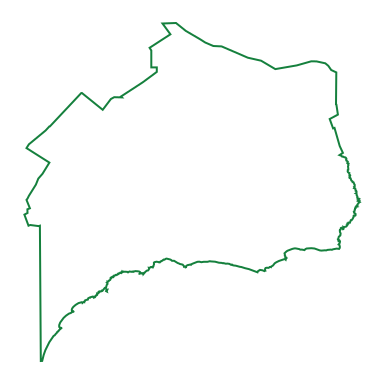 outline of Ravensthorpe, Western Australia, Australia
{"feature_id": "25037944B73720065991414", "entity_name": "Ravensthorpe", "entity_type": "district", "adm_level": 2, "iso_a3": "AUS", "parent_name": "Australia", "parent_adm1": "Western Australia", "projection": "orthographic", "projection_center": [120.16, -33.684], "detail": "fine", "context": "isolated", "style": "outline", "palette": "green", "viewbox_px": 384, "rotation_deg": 0, "n_neighbors": 0, "source": "geoboundaries", "source_scale": "gbopen_adm2", "svg_char_len": 5948}
<svg xmlns="http://www.w3.org/2000/svg" viewBox="0 0 384 384"><path d="M176.0,23.0L162.5,23.5L170.4,34.3L149.6,47.8L151.3,50.5L151.3,67.4L156.8,67.4L156.8,71.9L142.9,82.2L121.0,96.5L121.9,97.4L114.2,97.2L110.9,99.0L102.7,109.8L81.9,93.0L81.2,93.1L49.9,126.4L49.4,126.4L45.6,130.5L28.9,144.3L26.5,148.1L49.4,162.6L42.5,173.8L38.3,178.6L35.9,184.6L28.9,195.8L27.5,198.6L26.5,199.9L29.9,208.3L27.4,209.3L27.5,213.0L24.4,214.6L28.5,225.7L30.2,225.0L38.7,226.1L39.9,225.7L40.8,361.0L42.2,360.9L43.7,354.9L45.4,350.1L49.3,342.2L53.6,335.9L54.7,335.3L55.9,333.7L56.6,333.2L57.1,332.1L57.9,331.7L58.2,331.3L58.2,331.1L58.7,330.8L59.0,330.2L61.4,328.1L61.3,327.9L59.9,327.8L59.7,327.2L59.2,326.9L59.2,325.1L60.2,322.5L63.6,317.9L66.1,315.6L69.0,313.6L70.8,313.0L72.4,311.9L73.4,311.8L73.5,311.6L73.1,311.1L71.9,310.9L71.8,310.3L71.8,309.5L72.2,308.4L73.3,306.9L75.6,304.9L78.5,303.1L81.7,302.2L82.3,302.3L82.5,303.0L82.8,302.8L82.8,303.0L82.9,302.6L83.6,302.0L84.3,302.2L84.4,301.4L84.9,301.1L85.1,300.4L85.6,300.3L86.2,299.9L86.9,299.9L86.8,300.2L87.5,299.5L87.9,299.5L88.2,298.3L89.7,297.5L90.1,297.7L90.8,297.1L92.7,296.6L93.4,297.3L93.5,297.0L94.3,297.3L94.4,297.0L94.7,297.3L95.0,297.2L96.0,295.4L96.5,295.0L96.6,295.3L97.1,295.0L97.3,294.6L97.1,293.5L97.3,293.5L97.3,293.3L98.2,293.2L98.6,292.9L98.5,291.9L98.8,291.6L99.5,291.4L99.8,291.8L100.4,291.3L101.3,291.3L102.0,290.5L102.5,290.8L104.7,288.0L105.2,287.9L105.3,287.7L106.0,287.7L106.7,285.0L107.5,284.0L107.3,283.1L107.0,282.8L107.5,282.6L107.4,281.7L107.7,281.8L107.8,281.4L108.7,281.1L108.9,280.6L110.2,279.9L110.5,278.7L111.1,278.4L111.2,278.0L110.9,277.6L113.0,276.4L113.4,276.4L113.6,276.8L113.9,276.5L113.7,276.6L114.0,276.1L113.8,275.9L114.0,275.6L115.1,275.6L115.1,276.0L115.6,274.9L117.0,274.8L117.4,274.4L117.4,274.6L118.5,274.0L120.4,272.5L120.8,272.5L120.7,273.0L121.1,273.1L121.9,271.7L122.2,272.3L122.8,271.8L122.9,272.0L123.7,271.7L127.1,271.8L128.0,272.4L129.4,271.5L131.7,271.8L132.1,271.6L132.7,271.8L133.1,271.5L133.4,271.8L135.2,271.1L138.0,271.3L139.4,271.6L140.1,272.1L140.4,272.5L139.9,273.2L140.1,273.2L140.0,273.6L141.8,273.1L142.2,273.1L142.4,273.6L143.6,273.0L143.6,273.9L145.6,271.6L146.9,270.6L148.0,270.5L148.6,269.8L149.2,268.7L148.9,267.8L149.5,267.9L150.8,267.0L152.1,267.0L152.3,267.4L152.8,267.4L152.8,267.1L153.4,266.4L153.3,266.0L154.0,264.5L153.9,262.7L154.4,262.2L156.5,261.7L158.3,262.0L159.1,262.4L159.9,261.9L160.1,262.1L161.3,261.0L161.6,261.1L162.9,260.3L163.1,259.9L163.9,259.5L164.5,259.7L165.8,258.8L166.6,258.6L170.2,259.5L171.0,259.9L172.0,260.8L174.1,260.8L177.8,263.1L178.6,263.3L179.9,264.0L182.6,264.6L183.8,265.9L184.0,266.8L185.6,266.6L185.7,267.3L186.0,267.2L185.9,266.3L187.4,265.2L190.9,264.4L191.1,264.7L192.0,263.9L197.4,261.8L199.4,261.7L201.4,262.2L203.7,261.8L207.5,261.8L209.9,261.2L210.7,261.4L215.1,261.7L218.9,262.7L221.7,262.9L223.1,263.3L223.6,263.1L225.7,263.7L227.5,263.6L229.5,263.9L230.7,264.7L231.6,264.9L231.6,264.6L232.1,264.6L233.2,265.4L235.8,265.7L239.8,266.8L241.3,267.0L245.1,268.2L248.9,269.1L257.5,272.3L257.8,271.4L258.7,270.6L259.3,270.5L260.0,269.9L262.5,270.3L264.4,271.1L264.7,270.8L265.3,270.7L265.0,269.8L265.2,268.5L265.6,268.0L267.0,267.7L268.3,267.9L268.9,267.7L269.7,267.0L270.6,266.9L271.0,267.1L271.2,266.6L273.0,265.5L274.7,263.3L276.4,262.2L279.1,260.9L283.9,259.3L285.1,259.1L285.7,259.7L286.0,258.6L286.6,258.0L286.4,257.6L285.3,257.5L285.2,255.9L284.8,255.6L284.9,254.8L284.5,253.3L286.5,251.4L287.6,250.7L292.3,248.9L294.4,248.4L295.7,248.4L299.3,249.1L300.2,249.6L302.0,249.6L304.5,250.1L305.4,249.1L306.7,248.5L311.3,248.2L314.5,248.5L319.8,250.4L321.5,250.6L324.8,250.3L326.2,250.4L327.5,249.9L330.9,249.6L331.9,249.8L333.0,249.3L336.7,248.6L339.1,248.9L339.8,247.8L339.8,246.4L339.4,244.9L338.6,244.5L339.8,242.8L340.0,241.3L339.4,240.3L339.1,240.4L339.5,240.9L338.8,241.2L338.6,241.2L338.4,240.7L337.6,240.6L338.0,240.5L338.3,240.2L337.9,239.3L338.2,239.1L338.8,236.7L340.2,235.6L340.4,235.2L340.3,234.7L340.5,234.4L340.6,233.3L340.0,232.2L339.8,230.7L340.1,230.4L340.0,229.8L340.3,229.7L340.9,228.5L340.9,228.0L341.3,227.8L341.9,228.5L342.8,228.5L343.0,229.2L343.4,229.1L343.6,228.5L343.2,228.1L343.2,226.9L343.7,227.2L346.3,226.5L347.0,225.6L346.9,225.2L347.3,225.2L347.7,224.6L347.4,223.6L348.2,223.5L348.1,222.9L348.3,222.6L349.9,222.7L350.8,220.2L351.6,220.2L352.8,218.6L353.4,217.1L353.7,216.8L353.6,215.8L353.9,215.5L355.3,215.6L355.5,215.4L355.6,214.0L354.1,212.7L354.3,212.1L353.9,211.7L354.7,210.7L354.6,210.0L355.0,209.4L355.0,208.3L355.7,208.0L355.7,207.0L356.8,206.7L356.4,206.5L356.4,206.1L357.2,206.0L357.5,205.4L357.2,205.0L357.3,204.7L357.9,203.9L358.5,203.4L358.8,202.5L359.6,202.1L359.3,201.9L359.4,201.5L358.6,201.8L358.3,201.1L357.8,200.9L358.3,200.4L358.9,200.7L358.4,199.7L358.8,199.5L358.7,199.0L359.1,198.8L358.8,198.6L357.5,198.7L357.5,197.7L357.2,197.3L357.4,196.4L356.7,195.4L356.7,194.2L356.3,193.4L355.9,193.3L356.5,192.8L356.5,191.4L355.7,190.9L355.9,190.4L355.5,190.0L355.3,188.6L354.2,188.2L354.5,187.9L354.3,187.2L354.1,186.9L354.7,186.5L354.7,184.8L354.3,184.5L354.2,183.8L353.5,182.3L352.6,182.2L352.5,181.4L351.3,180.5L350.7,178.5L349.8,178.1L350.0,177.6L349.4,177.1L350.1,175.9L350.1,175.6L349.8,175.5L350.1,175.2L349.2,173.9L349.1,173.4L349.3,173.0L348.1,172.3L347.7,171.6L347.8,169.9L348.3,169.7L348.3,168.8L348.0,166.2L348.5,165.0L348.0,164.0L348.4,163.5L347.3,163.0L347.8,161.7L347.3,161.2L346.3,160.5L346.4,159.8L346.1,159.3L346.4,158.7L345.8,157.7L345.1,157.3L344.3,157.3L343.4,156.7L342.2,156.7L341.6,155.9L339.5,155.1L342.9,152.9L339.7,146.0L334.5,127.9L333.1,128.4L329.7,119.0L337.9,114.6L336.4,104.6L336.0,104.4L336.3,72.4L331.2,70.0L328.3,65.8L325.3,63.3L316.5,61.4L311.3,61.3L296.8,65.4L275.3,69.1L261.1,60.7L247.8,57.7L221.6,46.4L213.3,46.0L205.2,42.5L200.5,39.5L185.8,30.9L176.0,23.0ZM106.4,291.3L106.8,291.5L106.7,291.2L107.4,289.6L106.3,289.7L106.2,290.5L106.5,291.2L106.4,291.3Z" fill="none" stroke="#15803d" stroke-width="2"/></svg>